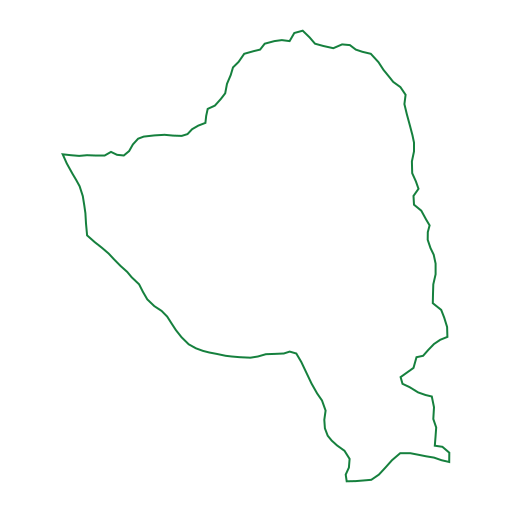 outline of Aguanil, Minas Gerais, Brazil
{"feature_id": "56859067B60511800598000", "entity_name": "Aguanil", "entity_type": "district", "adm_level": 2, "iso_a3": "BRA", "parent_name": "Brazil", "parent_adm1": "Minas Gerais", "projection": "natural_earth1", "projection_center": [-45.42, -20.982], "detail": "fine", "context": "isolated", "style": "outline", "palette": "green", "viewbox_px": 512, "rotation_deg": 0, "n_neighbors": 0, "source": "geoboundaries", "source_scale": "gbopen_adm2", "svg_char_len": 2146}
<svg xmlns="http://www.w3.org/2000/svg" viewBox="0 0 512 512"><path d="M449.3,452.7L442.4,446.8L434.8,445.7L435.5,437.1L436.2,427.5L433.3,419.0L434.0,407.3L431.8,396.5L425.5,395.0L418.1,392.4L409.7,387.2L402.5,383.8L400.6,377.1L406.2,373.1L413.5,367.9L416.5,357.2L423.1,355.8L428.3,349.9L434.0,344.0L440.2,339.8L447.4,336.9L447.1,327.0L444.2,317.6L441.2,309.9L432.8,303.2L433.0,293.9L433.3,284.3L435.6,274.3L435.6,263.6L433.7,254.7L430.5,248.1L427.7,239.8L427.8,232.1L429.6,225.4L426.1,219.5L421.3,210.7L414.0,204.7L413.5,195.9L418.5,188.8L415.9,181.4L412.2,173.2L411.9,161.4L414.0,151.4L414.0,142.6L412.5,135.4L410.0,125.9L406.8,114.1L404.4,104.1L405.6,94.8L400.4,87.1L393.2,81.9L388.5,76.0L383.5,69.9L378.5,62.2L370.8,53.8L362.4,51.8L355.8,49.6L349.9,45.1L342.1,44.4L333.3,48.2L323.4,46.0L315.0,43.7L309.6,37.4L302.7,30.7L294.3,33.0L289.6,41.1L281.8,40.1L274.4,41.1L264.7,43.7L260.1,49.6L253.8,51.1L244.2,53.8L238.6,61.9L233.0,67.4L230.7,75.1L227.0,83.8L225.2,93.3L220.9,98.9L214.9,105.6L207.7,108.9L206.2,115.8L205.4,122.9L198.3,125.6L192.1,129.2L187.5,134.1L181.7,135.9L173.1,135.6L164.6,134.8L154.4,135.4L143.7,136.6L138.1,138.7L132.9,144.4L129.1,151.1L123.8,155.5L117.0,154.8L111.0,151.9L104.7,155.5L94.8,155.5L87.0,155.2L79.2,155.9L70.8,155.2L62.7,154.3L66.8,163.5L72.4,173.6L76.2,180.0L79.6,186.2L82.8,196.1L84.3,205.5L85.4,213.2L86.0,223.5L87.1,235.4L94.8,242.2L101.7,247.6L108.6,253.5L113.9,259.2L120.4,265.8L127.3,272.0L131.7,277.3L139.1,284.3L142.9,291.8L147.3,299.4L154.4,306.2L161.6,310.9L167.2,316.6L171.6,323.5L175.9,330.1L181.5,337.2L188.7,344.3L195.9,348.3L203.0,350.9L209.3,352.5L216.7,353.9L225.7,355.8L231.7,356.5L239.8,357.2L250.4,357.7L257.9,356.5L265.9,354.2L274.7,353.9L283.8,353.5L289.7,351.6L296.3,353.5L301.3,362.0L306.9,373.8L311.5,383.5L317.1,393.4L322.0,400.5L325.6,410.6L324.3,419.8L324.9,428.3L327.7,435.7L331.7,440.6L337.0,445.4L344.5,450.8L349.6,458.9L348.9,467.6L345.7,474.6L346.7,481.3L355.8,481.1L364.4,480.4L371.3,479.8L378.9,474.6L385.4,467.6L392.0,460.2L400.2,453.2L410.3,453.2L419.1,454.9L426.1,456.3L434.0,457.6L441.5,460.2L449.2,462.0L449.3,452.7Z" fill="none" stroke="#15803d" stroke-width="2"/></svg>